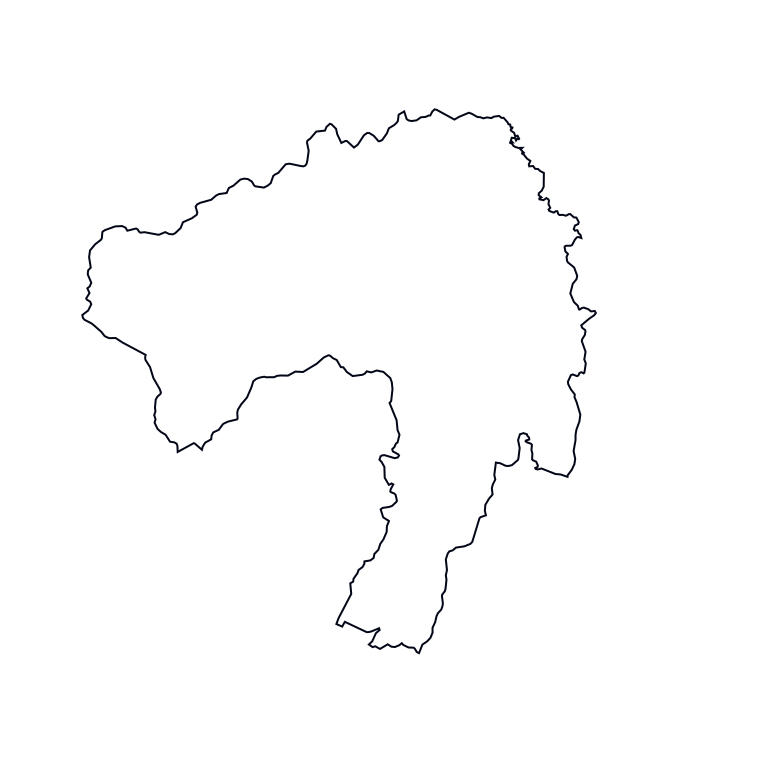 outline of Duc Trong, Lâm Đồng, Vietnam, rotated 155°
{"feature_id": "81297802B43116981701202", "entity_name": "Duc Trong", "entity_type": "district", "adm_level": 2, "iso_a3": "VNM", "parent_name": "Vietnam", "parent_adm1": "Lâm Đồng", "projection": "orthographic", "projection_center": [108.368, 11.695], "detail": "fine", "context": "isolated", "style": "outline", "palette": "ink", "viewbox_px": 768, "rotation_deg": 155, "n_neighbors": 0, "source": "geoboundaries", "source_scale": "gbopen_adm2", "svg_char_len": 6166}
<svg xmlns="http://www.w3.org/2000/svg" viewBox="0 0 768 768"><g transform="rotate(155 384 384)"><path d="M597.7,623.5L600.6,613.4L604.1,612.0L605.6,609.6L606.2,608.2L606.5,599.5L609.5,596.8L612.4,596.1L612.5,590.9L617.6,587.5L617.8,586.3L615.5,582.8L615.6,580.0L621.1,575.6L628.3,574.0L628.9,570.9L628.2,568.6L623.6,562.7L622.2,560.0L618.1,550.6L617.0,545.7L615.9,544.1L613.7,541.7L607.8,539.1L603.2,531.7L587.7,511.1L589.4,508.8L590.0,506.6L588.9,498.2L590.5,486.8L589.4,474.1L589.8,470.6L590.7,469.5L594.7,468.3L597.5,466.3L601.6,459.3L602.7,455.8L605.4,452.9L606.0,448.5L608.3,445.8L608.2,439.0L606.5,434.9L603.4,430.3L602.3,422.1L598.8,419.8L597.2,417.6L597.4,415.2L599.7,409.6L581.5,410.8L580.7,410.1L576.8,401.3L574.8,403.8L570.9,406.4L564.0,406.9L562.0,410.2L559.2,412.3L553.1,412.3L547.1,415.6L545.4,415.9L541.0,415.8L532.1,414.0L531.2,414.7L529.1,420.1L527.1,422.6L522.2,425.8L513.8,429.7L505.7,436.9L501.3,441.7L497.7,442.6L493.6,442.3L489.5,441.2L487.9,439.9L480.7,436.6L477.6,436.6L474.3,435.5L467.5,432.2L459.1,432.7L452.3,429.1L436.4,430.8L427.3,433.5L422.2,433.5L421.0,432.6L419.3,428.9L416.7,425.7L416.0,417.6L413.8,416.3L412.6,410.6L409.0,404.4L399.4,401.4L396.7,401.6L394.4,402.8L390.6,399.9L384.9,399.3L379.4,395.2L375.8,386.7L376.2,382.2L378.5,375.7L384.7,365.5L387.0,364.4L387.9,345.8L391.2,336.5L391.4,331.5L396.4,325.3L398.4,324.9L401.3,322.4L404.0,321.5L404.3,320.7L404.4,319.1L400.7,314.1L400.6,312.8L402.6,311.6L405.7,312.3L413.5,319.2L415.7,320.1L417.7,319.9L420.1,317.3L419.1,314.2L418.7,308.7L423.0,298.7L422.2,290.5L419.3,290.7L418.0,289.1L422.5,285.7L423.7,284.0L423.5,283.1L421.0,280.5L420.3,278.7L421.6,272.8L422.4,272.0L428.2,270.1L431.4,270.4L437.6,272.3L440.0,271.8L441.1,263.5L437.4,257.7L441.4,254.0L444.1,248.8L450.2,243.4L455.0,240.6L459.2,236.1L464.6,234.0L466.9,230.7L471.0,229.9L476.7,231.5L477.8,229.4L480.7,227.2L485.6,226.2L488.1,223.7L493.9,220.4L495.5,217.9L498.8,217.6L502.4,207.6L524.1,191.0L528.6,186.6L524.4,181.8L520.0,185.0L504.7,166.6L503.3,165.8L500.2,165.1L491.7,164.7L491.9,162.9L496.6,161.6L503.4,155.8L507.8,154.3L505.5,150.3L502.8,150.0L499.6,145.6L490.6,146.5L488.3,142.8L485.3,141.0L480.5,140.8L477.4,141.6L476.8,139.4L473.2,134.9L468.6,132.5L468.0,131.3L467.5,127.2L466.0,125.3L459.3,131.6L453.7,132.5L449.2,134.3L445.1,138.1L443.0,142.6L438.3,146.5L434.6,151.3L432.0,153.5L427.4,155.4L425.1,157.7L423.4,160.2L421.1,167.3L420.4,168.4L416.3,170.6L414.8,172.4L410.1,180.2L408.8,184.5L405.6,188.7L402.1,198.9L397.9,203.4L395.5,204.7L392.1,204.2L387.9,205.3L379.7,202.9L373.2,202.6L370.7,203.6L354.2,222.0L352.8,222.5L347.1,221.9L346.2,226.4L343.2,231.7L337.3,235.7L332.3,238.0L330.3,244.0L327.9,246.9L323.5,250.4L322.5,254.9L315.8,265.5L312.1,263.0L308.2,258.3L305.5,257.0L302.3,256.4L294.9,258.5L293.7,259.6L288.1,268.6L286.2,276.5L282.0,281.0L278.3,280.5L275.7,278.0L276.0,277.0L275.2,274.0L275.8,272.3L279.1,272.8L279.8,272.4L279.3,271.0L276.0,267.7L275.7,266.2L278.2,262.0L279.0,258.1L281.6,253.2L281.4,252.1L278.9,249.3L279.0,245.0L279.9,243.9L282.5,243.9L282.3,242.8L280.8,241.6L276.9,240.8L266.7,230.0L262.2,227.4L256.9,222.3L256.0,223.7L250.2,226.8L245.3,230.9L242.4,235.2L240.5,243.1L234.2,252.1L231.8,257.1L229.0,261.2L222.7,267.5L219.0,273.3L217.1,286.3L216.9,291.6L215.5,293.9L216.9,300.1L217.1,306.0L216.3,308.4L210.8,313.1L208.8,312.8L205.8,309.6L204.2,309.6L202.4,311.2L200.8,311.4L199.9,311.1L198.6,309.3L197.6,309.6L192.4,317.4L192.1,321.6L187.7,328.0L186.6,339.2L185.5,340.8L181.2,343.6L179.2,346.5L178.9,347.9L180.7,351.3L180.4,353.8L170.8,356.4L164.4,357.5L162.0,358.8L162.1,361.1L165.7,362.3L167.2,365.4L170.6,368.8L172.7,369.2L175.2,368.7L175.8,369.3L175.3,373.0L177.2,378.0L176.9,387.3L170.5,395.1L165.3,397.6L163.2,400.3L162.4,409.2L165.9,416.4L166.1,418.1L164.8,422.1L162.3,424.1L163.6,427.5L162.6,431.4L162.1,432.2L160.7,432.4L156.5,430.5L154.7,430.5L150.1,434.1L147.3,435.4L145.7,435.1L143.5,432.9L142.9,435.9L143.9,438.4L143.7,441.2L144.0,441.8L146.1,442.2L146.6,444.1L144.0,446.9L140.4,446.9L139.1,448.3L139.3,453.5L141.5,454.8L143.4,459.3L144.6,459.8L147.9,459.6L150.6,461.8L153.6,463.0L154.2,464.5L153.9,467.3L155.2,468.0L157.7,467.6L161.0,470.9L161.1,472.6L158.9,473.4L158.9,477.6L157.0,480.4L157.0,481.9L158.3,483.9L161.8,483.2L165.1,485.7L164.8,486.6L162.5,486.7L164.0,489.8L163.1,491.4L159.3,492.6L155.9,495.3L149.9,507.7L152.5,511.1L153.5,513.7L156.1,515.2L156.7,518.5L160.4,519.9L159.9,521.9L157.1,524.3L159.1,527.8L160.4,532.8L161.5,534.5L160.9,535.2L160.0,534.3L159.5,534.4L161.1,538.9L158.9,539.6L162.3,541.1L164.6,543.1L166.0,545.0L166.4,547.6L167.8,549.2L167.2,549.9L165.4,548.8L166.1,551.0L164.2,553.2L161.3,551.4L161.4,548.9L159.6,550.0L158.4,548.9L157.9,549.1L158.0,552.6L160.4,553.0L159.9,556.6L161.9,560.2L161.4,561.3L159.8,561.5L159.2,562.2L160.6,563.5L160.0,565.9L161.4,566.8L161.4,568.9L163.1,574.7L165.0,575.5L166.4,578.3L171.6,579.9L174.2,579.6L178.0,582.1L181.7,582.8L184.0,585.1L186.5,586.5L190.4,592.0L192.5,594.0L203.1,594.4L208.4,593.9L220.3,610.1L222.0,611.5L225.1,610.5L228.6,607.8L229.9,608.4L233.5,608.5L237.7,610.1L243.2,609.2L248.1,610.8L250.4,612.6L251.5,614.5L250.5,622.5L256.9,621.9L260.2,616.6L261.9,615.5L265.3,614.4L271.5,613.7L275.5,609.9L282.5,605.9L285.2,605.8L286.4,606.4L288.3,613.1L291.2,617.6L293.1,618.6L296.9,618.0L306.6,612.0L311.3,611.0L314.9,619.8L316.3,620.6L320.8,620.5L320.8,630.2L319.6,635.5L321.8,641.5L323.0,642.7L327.5,641.3L330.4,638.6L338.7,641.4L347.1,637.6L350.5,636.9L351.7,635.6L353.7,627.2L359.3,618.5L361.2,616.2L363.1,615.2L365.0,615.3L367.0,616.5L376.5,623.6L380.2,624.7L390.6,620.0L394.6,619.9L396.5,619.3L401.8,613.9L405.7,612.9L409.9,612.8L417.0,617.5L417.8,618.8L418.2,623.3L420.7,627.2L423.9,629.2L427.7,630.0L436.6,627.4L441.8,627.2L445.9,623.6L453.4,625.9L456.8,625.7L462.7,624.0L474.2,625.9L477.6,625.7L479.8,624.3L480.8,618.1L482.3,616.5L488.1,615.4L497.8,615.6L502.4,611.3L509.6,608.9L512.1,608.9L515.2,610.6L518.1,614.1L525.1,614.4L536.9,622.8L540.8,624.1L541.6,625.5L541.9,628.1L543.0,629.7L551.8,631.4L552.2,635.0L554.6,637.8L560.9,640.4L571.7,641.4L574.6,641.0L575.3,640.3L577.9,635.7L579.3,634.4L586.7,632.7L594.0,629.3L597.7,623.5Z" fill="none" stroke="#020617" stroke-width="2"/></g></svg>